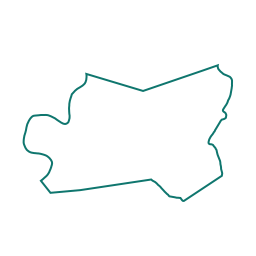 Pimienta, Cortés, Honduras (Natural Earth projection), rotated 190°
{"feature_id": "27666195B68412156052956", "entity_name": "Pimienta", "entity_type": "district", "adm_level": 2, "iso_a3": "HND", "parent_name": "Honduras", "parent_adm1": "Cortés", "projection": "natural_earth1", "projection_center": [-87.976, 15.271], "detail": "fine", "context": "isolated", "style": "outline", "palette": "teal", "viewbox_px": 256, "rotation_deg": 190, "n_neighbors": 0, "source": "geoboundaries", "source_scale": "gbopen_adm2", "svg_char_len": 5627}
<svg xmlns="http://www.w3.org/2000/svg" viewBox="0 0 256 256"><g transform="rotate(190 128 128)"><path d="M164.3,58.5L96.2,81.3L94.7,80.4L93.4,80.0L91.7,79.4L89.9,78.3L88.5,77.2L87.0,76.4L85.8,75.6L84.8,74.7L82.0,72.6L80.9,71.7L79.7,70.9L78.1,69.8L76.9,69.2L76.0,68.3L75.3,67.9L69.7,67.9L68.0,67.8L66.7,68.0L64.2,68.2L62.2,66.3L61.4,65.8L60.6,65.8L60.3,65.9L27.3,97.2L27.3,97.8L27.3,98.3L27.3,99.4L27.4,99.7L27.4,99.8L27.5,100.1L27.6,100.4L29.0,103.4L29.2,103.8L29.3,104.2L29.4,104.9L29.5,105.2L29.7,105.9L29.8,106.2L30.0,106.8L30.5,107.9L30.6,108.3L30.8,108.8L31.0,109.7L31.1,110.1L31.3,110.7L31.6,111.4L31.6,111.5L34.5,116.2L34.9,116.9L35.1,117.2L35.6,118.3L36.0,119.2L36.5,120.4L36.8,121.2L37.1,121.8L37.5,122.2L37.8,122.6L38.1,122.9L38.4,123.4L38.5,123.5L38.8,123.8L39.2,124.1L39.8,124.6L40.2,124.9L40.5,125.2L41.1,125.8L41.3,126.0L41.5,126.1L41.8,126.2L42.3,126.3L42.8,126.4L43.0,126.4L43.4,126.4L43.7,126.3L43.9,126.3L44.2,126.3L44.4,126.3L44.6,126.3L44.9,126.3L45.0,126.4L45.3,126.5L45.6,126.7L45.8,126.8L45.9,127.0L46.0,127.2L46.1,127.5L46.2,127.8L46.2,128.1L46.2,128.4L46.2,128.9L46.1,130.1L46.0,130.7L45.9,131.2L45.7,131.9L45.4,132.7L45.3,133.1L45.0,133.9L44.6,134.7L44.5,135.0L44.3,135.3L43.8,136.2L43.6,136.5L43.5,136.8L43.2,137.5L42.9,138.2L42.8,138.6L42.6,139.0L42.3,139.4L42.2,139.7L42.0,140.1L41.8,141.2L41.6,141.6L41.4,142.1L38.7,149.1L38.0,151.0L37.6,151.7L37.5,151.9L37.3,152.2L37.2,152.3L37.1,152.5L36.9,152.6L36.7,152.7L36.0,153.0L34.9,153.6L34.7,153.7L34.6,153.9L34.3,154.1L33.9,154.4L33.6,154.8L33.4,155.1L33.4,156.5L33.4,157.2L33.4,157.5L33.5,157.8L33.6,158.2L33.8,158.5L34.0,158.8L34.2,159.1L34.3,159.3L34.5,159.5L35.0,159.9L35.3,160.1L35.5,160.2L35.7,160.3L36.2,160.5L36.5,160.6L36.8,160.8L37.1,161.0L37.3,161.3L37.5,161.5L37.6,161.8L37.6,162.1L37.6,162.3L37.6,162.5L37.5,162.8L37.0,164.1L35.8,166.9L35.3,167.9L35.1,168.5L34.9,169.1L34.6,170.0L34.5,170.5L34.4,170.8L34.4,171.4L34.3,171.6L34.3,172.0L34.2,172.4L34.1,172.8L34.0,173.2L33.9,173.5L33.6,174.2L33.5,174.5L33.4,175.0L33.3,175.6L33.2,176.0L33.0,177.0L32.9,177.9L32.8,178.7L32.8,179.1L32.8,179.7L32.8,180.9L32.8,181.9L32.8,185.1L32.9,186.5L32.9,187.0L32.9,187.7L33.2,189.0L33.5,191.1L33.7,192.2L33.8,192.8L33.9,193.1L34.1,193.5L34.3,193.8L34.4,194.1L34.6,194.3L34.8,194.5L35.0,194.7L35.2,195.0L35.5,195.2L35.8,195.5L36.2,195.8L36.4,195.9L36.7,196.1L37.1,196.2L37.8,196.4L38.2,196.5L39.8,196.9L40.7,197.1L42.2,197.4L42.9,197.6L43.3,197.7L43.5,197.9L43.9,198.0L44.8,198.6L46.2,199.4L46.6,199.6L47.0,199.9L47.7,200.5L48.1,200.8L48.5,201.1L48.9,201.5L49.1,201.6L49.2,201.8L49.5,202.2L49.7,202.5L49.9,203.0L50.1,203.3L50.2,203.6L50.3,203.9L50.4,204.4L50.5,204.8L50.5,205.3L64.1,197.7L119.6,167.1L178.4,174.0L178.1,173.1L177.9,172.4L177.9,172.1L177.8,171.7L177.7,170.9L177.6,170.3L177.6,169.5L177.5,168.8L177.5,168.4L177.5,167.9L177.6,167.2L177.7,166.6L177.7,166.2L177.8,165.8L178.0,165.3L178.1,164.9L178.3,164.3L178.6,163.9L178.8,163.6L178.9,163.4L179.4,162.8L179.9,162.1L180.1,161.9L180.5,161.5L181.9,160.2L182.9,159.3L183.9,158.5L184.5,157.9L184.9,157.6L185.2,157.2L185.7,156.6L186.3,155.9L186.7,155.4L187.1,154.7L188.0,153.3L188.5,152.5L189.1,151.6L189.2,151.4L189.2,151.2L189.4,149.3L189.7,147.5L190.0,144.7L190.0,143.9L190.0,143.5L190.0,143.1L190.0,142.0L189.9,141.0L189.7,139.7L189.6,138.2L189.4,136.7L189.3,136.2L189.1,135.6L189.0,134.9L188.6,133.2L188.2,131.6L187.7,130.2L187.6,129.6L187.5,129.1L187.4,128.6L187.4,128.0L187.3,127.7L187.3,127.2L187.4,126.2L187.4,125.6L187.5,125.0L187.6,124.4L187.7,123.6L187.8,123.4L187.9,123.1L188.1,122.9L188.4,122.5L188.6,122.3L188.9,122.0L189.1,121.8L189.4,121.6L189.6,121.5L189.9,121.3L190.2,121.2L190.4,121.1L190.7,121.1L191.0,121.0L191.3,121.0L191.7,121.0L192.0,121.0L192.4,121.1L192.8,121.1L193.1,121.2L193.7,121.4L195.0,121.8L196.0,122.3L196.8,122.6L198.4,123.3L199.3,123.7L200.5,124.3L201.1,124.6L202.0,125.0L202.5,125.1L204.1,125.6L205.4,126.0L206.7,126.3L207.7,126.5L208.2,126.6L209.0,126.7L209.5,126.7L210.0,126.7L210.7,126.6L211.1,126.6L212.0,126.4L212.6,126.3L214.2,126.0L215.9,125.7L216.6,125.5L217.9,125.1L219.7,124.6L221.3,124.2L222.6,123.8L223.1,123.6L223.3,123.5L223.6,123.3L223.7,123.2L223.8,123.1L224.1,122.9L224.4,122.5L224.8,122.1L225.1,121.6L225.4,121.1L225.7,120.6L225.9,120.2L226.2,119.6L226.5,118.8L226.8,118.0L227.0,117.5L227.1,117.0L227.4,115.9L227.6,115.1L227.8,114.5L227.9,113.8L227.9,113.4L228.0,112.8L228.0,112.0L228.1,111.2L228.1,109.7L228.1,108.5L228.1,108.0L228.2,106.9L228.3,105.5L228.4,104.8L228.5,104.1L228.6,103.1L228.7,102.6L228.7,102.1L228.7,101.7L228.7,100.8L228.7,100.2L228.7,99.3L228.6,98.0L228.5,97.1L228.3,95.9L228.2,95.6L228.2,95.3L228.1,95.1L227.9,94.6L227.8,94.3L227.3,93.4L226.8,92.6L226.3,91.8L225.7,90.9L225.2,90.3L224.7,89.8L224.4,89.5L224.3,89.3L223.8,88.9L223.4,88.6L222.8,88.3L222.2,88.0L221.9,87.8L221.5,87.6L221.0,87.5L220.5,87.3L220.1,87.2L219.7,87.1L219.3,87.1L218.9,87.0L217.9,87.0L216.9,87.0L216.1,87.0L215.1,87.1L213.8,87.2L212.3,87.3L211.8,87.4L211.0,87.4L210.5,87.4L209.8,87.4L208.5,87.3L207.2,87.2L206.6,87.1L205.6,87.0L205.1,86.9L204.7,86.8L204.1,86.7L203.8,86.6L203.5,86.5L203.2,86.4L202.9,86.3L202.1,85.9L201.7,85.7L200.7,85.1L200.4,84.9L200.1,84.7L199.8,84.5L199.4,84.1L199.1,83.8L198.7,83.5L198.4,83.2L198.0,82.8L197.7,82.4L197.6,82.2L197.4,81.9L197.1,81.5L196.9,81.1L196.8,80.7L196.7,80.2L196.6,79.9L196.6,79.4L196.6,78.8L196.6,78.3L196.8,77.1L196.8,76.5L197.0,75.3L197.2,74.1L197.5,72.9L197.8,71.6L197.9,71.0L198.1,70.4L198.3,69.8L198.5,69.4L198.7,68.9L198.9,68.4L199.1,68.0L199.3,67.7L199.5,67.3L199.8,66.9L200.1,66.4L201.4,64.8L203.1,62.6L204.6,60.9L193.1,50.7L164.3,58.5Z" fill="none" stroke="#0f766e" stroke-width="2"/></g></svg>